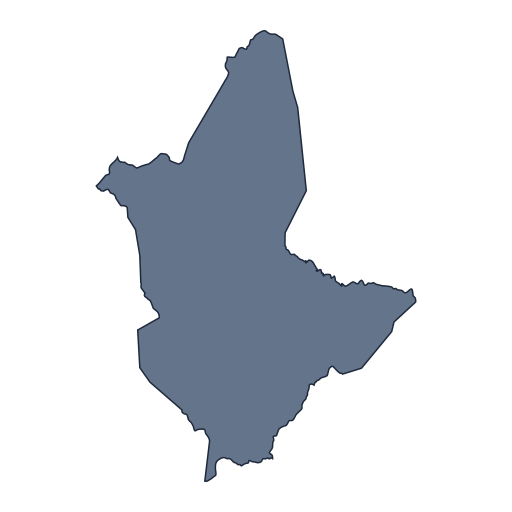 outline of Erandique, Lempira, Honduras
{"feature_id": "27666195B48277462959075", "entity_name": "Erandique", "entity_type": "district", "adm_level": 2, "iso_a3": "HND", "parent_name": "Honduras", "parent_adm1": "Lempira", "projection": "equal_earth", "projection_center": [-88.442, 14.245], "detail": "fine", "context": "isolated", "style": "filled", "palette": "slate", "viewbox_px": 512, "rotation_deg": 0, "n_neighbors": 0, "source": "geoboundaries", "source_scale": "gbopen_adm2", "svg_char_len": 6065}
<svg xmlns="http://www.w3.org/2000/svg" viewBox="0 0 512 512"><path d="M306.3,190.7L297.7,107.6L292.9,91.2L282.7,38.9L277.5,35.5L276.8,34.9L275.9,34.4L274.7,34.1L271.8,34.2L270.0,33.8L268.0,32.9L265.7,31.0L264.5,30.7L263.4,30.9L261.5,31.5L257.8,33.6L256.2,34.8L255.1,35.8L254.5,36.7L253.6,38.3L252.8,39.1L252.2,39.5L250.7,39.9L250.1,41.3L249.8,43.1L249.2,44.8L248.6,45.8L247.2,46.8L247.0,47.2L247.0,48.3L246.3,49.2L244.8,49.0L242.8,47.9L242.2,47.6L241.3,47.7L240.1,48.1L239.3,48.5L238.9,49.0L237.7,51.5L236.1,54.5L235.4,56.2L234.9,57.1L233.1,57.4L227.7,57.0L227.2,57.2L227.1,57.8L227.1,59.2L227.0,60.2L226.6,61.5L225.5,63.7L225.3,66.1L225.5,67.1L225.8,68.2L227.8,70.8L228.3,71.7L228.6,72.5L228.6,73.1L228.5,73.7L227.3,77.2L226.6,78.0L226.2,79.1L225.7,79.6L218.9,91.3L188.7,142.7L184.5,155.9L183.6,159.4L183.2,160.3L182.0,162.2L178.8,164.1L174.2,162.5L171.1,161.2L169.7,160.4L169.2,157.5L168.7,156.7L166.7,154.5L166.0,154.2L162.9,153.7L161.4,153.6L160.7,153.8L160.1,154.2L158.7,155.6L157.0,157.5L155.1,158.9L151.6,161.9L148.7,164.0L145.8,164.7L141.5,166.1L137.0,168.0L136.3,167.8L135.4,167.3L132.5,165.1L128.2,164.6L126.2,163.4L124.7,162.2L123.1,162.4L121.3,161.9L120.4,161.9L118.8,160.5L117.5,157.3L116.9,158.7L115.7,160.2L114.2,161.7L111.9,163.8L110.3,165.6L109.5,167.5L109.2,169.8L109.6,172.3L109.2,174.1L106.3,175.1L105.2,175.9L98.8,183.6L97.3,185.0L96.3,185.9L98.0,188.5L98.7,189.0L99.5,188.9L100.1,189.5L100.6,190.4L101.0,190.7L103.7,191.1L105.0,190.2L106.7,189.5L107.7,189.4L108.4,189.6L108.9,190.2L110.4,192.8L113.0,193.9L114.2,194.6L114.7,195.1L115.5,196.6L116.0,198.5L119.4,203.6L120.7,205.4L121.5,205.7L123.8,205.7L125.4,206.1L126.4,206.6L127.2,207.6L127.9,217.4L135.5,229.6L139.8,255.4L140.8,282.6L141.3,284.2L141.0,285.8L141.1,287.8L145.0,293.1L145.1,293.4L144.7,293.7L144.4,294.7L144.4,295.5L144.7,296.2L145.5,297.0L146.9,297.9L148.1,299.3L149.4,300.0L150.2,300.8L150.7,301.6L151.4,303.2L153.3,308.3L157.2,311.5L158.1,312.6L158.8,314.2L159.3,316.6L159.1,317.9L137.7,330.0L139.8,367.7L150.0,382.2L182.0,410.0L181.9,410.9L182.0,411.8L182.3,412.3L183.0,413.1L184.2,413.8L186.5,414.4L186.9,414.7L187.4,415.8L188.4,419.6L189.5,421.0L191.2,422.5L192.6,424.9L193.3,426.4L194.2,429.7L194.7,430.6L195.1,430.8L195.4,430.8L198.0,429.4L200.6,429.1L203.5,429.1L204.3,429.5L204.9,430.1L205.7,433.5L208.5,437.4L209.2,439.1L209.6,441.0L204.8,481.1L206.1,481.3L207.5,481.0L211.7,478.4L213.1,477.2L215.6,475.4L215.9,474.6L215.9,473.5L215.8,471.7L215.4,469.1L215.4,467.2L215.5,464.9L215.9,463.1L216.6,461.7L217.5,460.6L219.9,458.8L221.6,458.0L223.2,457.6L224.4,457.6L224.9,457.7L226.0,458.3L227.3,458.7L228.0,458.7L228.9,458.5L229.9,458.7L230.9,459.3L233.7,462.2L234.9,462.7L235.9,463.0L238.1,464.7L239.2,464.6L240.3,464.8L240.8,465.5L241.3,465.8L242.1,465.5L243.4,464.5L245.4,463.6L246.5,463.2L247.5,463.2L248.1,463.0L248.6,462.5L248.7,462.0L248.6,461.2L248.8,460.7L249.1,460.5L250.1,460.7L252.2,461.7L255.3,462.1L256.8,462.6L258.4,462.7L259.8,462.4L261.1,461.7L261.9,460.7L262.4,459.4L263.2,458.7L265.8,458.8L266.3,458.6L266.9,458.2L267.4,458.0L268.4,458.3L269.2,458.9L271.4,457.9L272.0,458.1L272.6,458.6L272.7,458.0L272.2,455.3L271.4,454.4L269.7,453.4L269.4,452.8L269.8,451.8L271.9,448.8L272.5,447.5L272.8,442.4L273.8,440.2L273.7,439.3L273.2,437.2L273.2,436.8L273.5,436.4L274.0,436.1L275.7,436.0L276.5,435.5L277.0,434.2L278.5,430.0L278.9,429.2L279.6,428.5L280.7,427.6L281.9,427.0L284.2,426.0L285.5,425.7L286.3,425.3L287.2,424.1L288.9,420.9L289.1,420.7L289.9,420.5L291.1,420.6L292.0,420.5L292.6,420.3L293.1,419.9L293.8,419.0L296.1,414.6L301.7,409.0L302.0,408.2L301.9,405.2L302.7,403.1L303.2,402.0L303.8,401.1L305.6,399.3L305.9,398.8L306.3,397.0L307.1,395.7L307.4,395.0L307.6,394.3L307.4,393.3L307.6,392.2L308.9,388.8L309.0,387.8L309.2,385.8L309.3,385.2L309.5,384.7L310.7,384.1L311.5,384.1L312.8,384.4L314.0,385.2L315.0,382.4L315.4,382.0L315.8,382.1L316.1,381.9L316.9,380.8L317.6,380.4L318.6,380.1L321.0,377.9L325.2,376.6L327.0,375.7L327.3,375.3L327.6,374.4L328.8,369.5L329.2,368.5L330.4,367.3L331.8,366.4L332.5,366.3L333.3,366.7L337.6,371.3L339.4,372.8L340.5,373.3L341.9,373.4L342.6,374.1L361.5,368.2L391.7,331.6L394.0,322.0L415.7,302.0L415.7,300.3L415.4,298.5L415.1,297.9L414.4,297.0L413.2,295.9L412.4,290.3L412.0,289.4L411.7,289.1L411.4,289.0L410.8,289.1L410.0,289.6L407.8,291.5L406.4,292.5L405.8,292.8L405.2,292.8L403.9,292.3L402.6,290.9L401.8,290.5L399.4,290.0L397.4,289.9L397.0,289.6L396.4,288.8L395.8,288.5L395.2,288.5L394.3,288.9L393.6,288.8L393.0,288.4L392.2,287.4L391.6,287.0L389.6,286.5L386.7,286.1L382.0,285.7L376.6,284.4L376.0,284.2L374.6,283.3L373.5,282.7L373.1,282.7L372.1,283.2L371.1,283.4L370.2,283.4L368.9,283.1L368.1,283.2L367.6,283.5L367.0,284.4L366.5,284.8L365.5,285.1L364.6,285.1L364.0,284.5L363.3,282.6L362.3,280.9L361.8,280.5L361.5,280.3L360.8,280.6L359.8,281.4L359.2,282.1L358.6,283.2L357.9,283.7L357.2,283.7L356.3,283.5L354.3,282.3L352.8,281.9L351.2,282.8L348.2,284.9L346.5,285.8L345.3,286.2L344.7,286.0L342.3,283.7L341.9,283.6L341.6,283.9L341.5,284.3L341.6,284.6L342.0,285.0L342.0,285.5L341.8,285.9L341.4,286.0L340.5,285.1L339.1,283.5L337.2,282.3L335.6,281.1L335.4,280.5L335.0,277.9L334.4,276.2L334.1,276.2L332.8,277.4L331.3,278.1L331.0,277.8L331.0,276.9L330.9,276.2L330.1,274.7L329.8,274.5L327.6,274.4L325.3,274.5L324.8,274.7L324.0,275.6L323.6,275.8L323.3,275.6L323.1,275.2L323.3,274.2L323.2,273.6L322.7,273.1L321.9,273.3L321.5,273.1L321.4,272.5L321.4,271.2L320.9,270.0L320.6,269.6L320.1,269.6L319.4,269.9L317.7,271.1L317.1,271.2L316.6,271.1L316.4,270.7L316.5,270.4L316.7,270.2L317.3,270.2L317.5,269.9L317.4,269.5L316.3,268.1L313.3,262.8L312.3,261.6L311.6,260.9L310.1,260.3L308.7,260.2L308.3,260.5L306.6,262.4L306.0,262.8L305.8,262.6L305.7,262.4L306.2,261.6L306.1,261.2L305.9,260.9L305.4,260.8L304.7,261.4L304.2,261.4L302.5,260.1L300.0,259.2L298.4,258.1L297.3,256.6L295.5,255.5L294.6,254.4L294.1,254.3L291.4,254.6L290.7,254.2L289.9,253.3L288.9,251.3L287.9,250.0L287.4,249.7L286.6,249.6L286.2,249.2L286.1,248.7L286.0,247.8L285.9,247.1L285.5,246.2L284.9,245.5L285.1,232.8L306.3,190.7Z" fill="#64748b" stroke="#1e293b" stroke-width="1.5"/></svg>